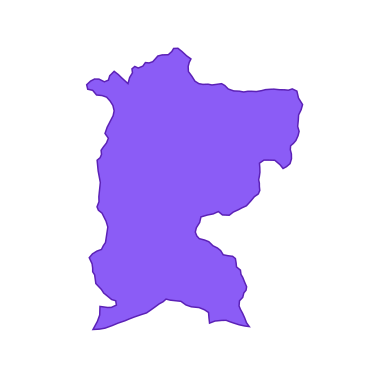 Caibaté, Rio Grande do Sul, Brazil (orthographic projection), rotated 257°
{"feature_id": "56859067B53289402005788", "entity_name": "Caibaté", "entity_type": "district", "adm_level": 2, "iso_a3": "BRA", "parent_name": "Brazil", "parent_adm1": "Rio Grande do Sul", "projection": "orthographic", "projection_center": [-54.66, -28.343], "detail": "fine", "context": "isolated", "style": "filled", "palette": "violet", "viewbox_px": 384, "rotation_deg": 257, "n_neighbors": 0, "source": "geoboundaries", "source_scale": "gbopen_adm2", "svg_char_len": 2714}
<svg xmlns="http://www.w3.org/2000/svg" viewBox="0 0 384 384"><g transform="rotate(257 192 192)"><path d="M284.1,132.3L274.2,123.9L268.6,120.4L263.2,122.6L259.0,119.7L256.0,116.0L253.1,112.8L249.0,112.3L246.1,110.2L244.3,106.7L233.6,105.3L221.9,104.8L218.3,103.6L213.4,101.9L208.4,100.2L203.5,99.2L198.9,96.1L195.3,96.7L191.6,99.6L182.9,101.7L176.8,102.1L165.4,97.6L162.2,96.3L159.7,93.6L156.4,90.9L155.8,86.0L154.1,81.1L151.1,77.1L147.8,77.8L144.5,78.5L140.3,78.1L136.6,77.3L133.2,78.5L128.7,78.1L124.4,77.7L121.0,79.7L117.4,81.8L113.3,83.3L109.9,86.0L105.3,89.5L103.2,93.2L98.8,92.9L97.7,87.4L98.5,83.7L101.2,76.6L92.9,74.4L87.2,70.7L80.3,64.6L79.2,71.1L78.9,76.6L79.8,84.1L80.9,90.5L81.6,97.6L82.4,102.1L83.2,107.7L84.0,115.5L84.4,120.5L86.6,126.0L88.4,130.3L90.4,134.9L91.6,139.2L93.5,142.6L91.5,146.5L88.0,156.6L83.3,160.7L80.3,165.5L77.8,172.9L74.4,177.7L70.9,181.0L65.4,180.2L60.3,179.6L61.1,185.4L60.2,192.1L59.3,196.4L57.2,199.5L54.9,203.2L52.0,208.1L49.6,213.2L48.0,217.5L52.3,215.7L57.4,215.0L62.4,214.0L66.7,212.8L70.4,212.2L75.3,213.8L77.9,217.7L82.0,219.8L84.2,222.6L87.4,223.9L92.3,223.0L97.4,222.2L100.7,221.2L105.0,221.6L109.0,218.5L112.8,219.0L117.4,219.3L120.2,217.1L121.8,212.8L123.8,208.3L128.5,206.7L131.7,204.2L134.9,200.3L139.8,197.2L142.4,193.4L144.9,188.6L148.1,186.8L152.2,186.2L156.2,188.2L160.6,192.6L165.7,195.1L166.1,201.8L165.9,207.8L167.0,213.3L162.8,216.5L161.0,223.1L163.2,227.8L164.3,233.3L165.3,236.9L166.3,241.9L169.9,247.1L173.4,251.7L175.2,256.2L178.3,258.4L182.2,258.9L185.4,259.6L188.9,259.7L192.2,261.2L195.9,262.6L200.8,263.6L204.9,264.2L206.9,269.2L206.0,273.2L204.3,279.8L198.8,283.9L194.4,286.0L195.4,289.7L197.6,293.9L202.0,296.4L206.7,297.4L211.1,297.3L214.9,298.5L216.6,301.8L218.8,304.8L223.0,308.0L227.0,310.0L232.1,309.7L238.0,311.7L243.1,313.2L247.7,316.9L252.3,319.4L259.6,316.9L266.7,316.9L269.9,312.9L269.5,308.8L270.7,305.3L272.0,300.2L273.8,294.9L274.5,291.2L275.2,286.7L275.1,282.5L275.4,277.3L276.7,272.8L277.6,268.9L277.8,264.9L279.6,260.8L281.1,255.4L284.2,250.5L288.4,247.9L290.9,245.2L291.3,240.7L291.8,235.5L293.4,232.0L294.4,226.8L296.0,223.1L299.3,219.8L304.8,217.9L310.1,215.6L315.2,216.5L319.0,218.5L321.9,220.9L326.0,217.3L331.2,213.8L335.2,210.6L336.0,206.4L333.4,203.9L331.1,199.7L332.3,193.7L332.2,189.3L329.8,186.0L327.8,183.1L327.4,179.2L328.6,175.7L325.7,172.4L324.9,167.5L327.2,164.5L325.5,161.2L321.5,160.8L317.6,157.0L312.0,154.0L315.1,151.9L319.3,149.0L322.9,146.7L327.1,143.3L323.8,138.0L319.8,135.7L319.1,131.4L322.9,126.8L324.0,122.4L322.9,118.1L320.2,113.5L315.6,113.5L313.4,118.1L308.0,120.8L306.2,126.1L303.6,130.2L299.0,132.7L294.1,134.4L288.6,134.4L284.1,132.3Z" fill="#8b5cf6" stroke="#5b21b6" stroke-width="1.5"/></g></svg>